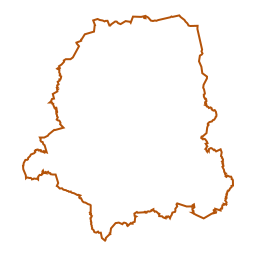 outline of Tacámbaro, Michoacán, Mexico
{"feature_id": "50627088B98696498668505", "entity_name": "Tacámbaro", "entity_type": "district", "adm_level": 2, "iso_a3": "MEX", "parent_name": "Mexico", "parent_adm1": "Michoacán", "projection": "albers", "projection_center": [-101.483, 19.25], "detail": "fine", "context": "isolated", "style": "outline", "palette": "amber", "viewbox_px": 256, "rotation_deg": 0, "n_neighbors": 0, "source": "geoboundaries", "source_scale": "gbopen_adm2", "svg_char_len": 5803}
<svg xmlns="http://www.w3.org/2000/svg" viewBox="0 0 256 256"><path d="M211.7,213.7L216.0,212.7L216.1,212.2L214.1,212.2L214.6,211.8L214.6,211.2L213.7,210.5L213.7,210.1L214.6,209.6L215.4,209.8L215.3,208.8L220.6,210.5L220.6,209.0L221.1,208.5L221.8,208.5L221.7,208.1L222.2,207.9L222.2,206.1L222.6,205.1L223.9,204.8L223.7,203.8L225.8,204.3L226.2,204.7L226.5,204.3L226.1,203.7L226.6,202.4L225.2,200.5L225.7,199.6L225.5,198.7L226.3,198.4L225.9,197.5L226.4,197.1L225.9,196.7L226.9,194.9L226.4,194.2L227.0,193.7L226.9,193.1L227.3,192.7L227.4,191.4L228.1,191.1L228.2,190.5L229.1,190.4L230.1,188.4L231.6,187.0L231.5,185.9L233.0,185.6L232.9,180.4L232.6,179.5L231.7,179.2L231.6,177.6L231.1,176.7L229.8,176.7L227.2,175.5L226.3,175.9L226.8,176.5L226.4,176.9L225.5,176.2L225.8,175.3L225.2,174.2L225.8,173.5L224.9,173.2L224.8,172.4L224.2,171.9L224.0,169.9L222.4,166.8L223.5,165.9L222.8,164.7L223.2,164.1L222.5,163.3L222.9,162.8L222.0,161.7L223.0,161.0L222.7,160.2L223.0,159.5L222.4,158.2L221.9,157.9L222.0,157.1L221.0,156.1L221.7,152.3L220.6,149.3L216.1,151.4L214.5,149.7L213.9,150.1L211.6,148.2L210.7,148.1L208.9,149.1L208.8,151.3L208.2,150.6L207.2,151.2L207.1,151.6L206.4,150.6L206.2,149.1L205.5,148.9L206.5,147.7L206.6,147.0L207.3,146.4L205.7,143.7L207.5,143.2L206.9,141.6L205.1,139.2L203.1,138.6L202.8,139.2L201.2,137.9L201.6,136.6L202.9,136.2L206.5,133.1L207.2,127.5L207.9,125.6L208.5,125.0L207.8,124.4L207.8,123.6L209.4,122.1L212.0,121.4L212.8,120.2L214.2,119.7L215.6,117.5L215.7,116.8L216.3,116.4L216.5,114.8L215.9,111.8L214.7,110.1L213.4,110.6L212.0,109.7L211.5,108.9L211.7,108.3L210.6,107.4L208.9,108.0L208.2,106.9L206.9,106.5L206.8,105.8L205.2,105.0L206.3,104.3L206.1,103.4L205.1,103.2L205.1,102.2L206.4,101.3L206.3,100.0L205.5,99.5L205.2,99.1L205.6,98.6L204.7,98.2L203.9,96.7L203.8,94.6L204.4,94.4L204.9,93.4L204.0,89.3L203.2,87.7L203.6,84.8L206.9,78.5L207.0,76.6L202.3,73.2L201.4,66.8L199.0,61.3L199.9,55.6L201.8,54.5L202.5,53.5L201.5,51.3L202.1,49.7L197.4,28.9L197.6,25.8L190.3,26.0L188.5,25.5L187.4,23.4L185.5,21.6L184.5,20.0L180.6,17.0L179.3,15.4L172.5,16.9L171.4,16.5L170.6,17.2L158.1,20.1L156.4,20.8L154.9,20.5L153.0,21.0L150.9,20.6L148.3,17.6L145.9,16.2L145.1,16.7L144.9,17.3L145.3,18.2L144.3,18.1L144.0,17.8L143.8,16.9L144.2,16.2L141.2,16.9L133.0,16.6L130.7,22.7L130.1,21.8L125.6,21.1L120.6,24.1L118.2,23.2L116.7,21.6L115.2,21.5L111.1,24.4L110.3,25.5L109.4,25.5L107.5,20.8L105.5,20.9L104.6,21.4L102.7,20.5L99.8,20.0L97.6,19.0L93.2,20.4L95.0,25.2L94.7,25.3L94.0,31.6L84.8,34.3L81.6,39.4L81.1,39.6L81.2,40.8L76.4,42.6L76.7,43.5L79.0,46.2L72.9,57.4L70.5,59.2L65.8,59.2L63.8,60.5L64.1,61.7L61.6,64.5L59.0,66.2L59.8,68.0L58.5,68.4L57.3,67.9L57.7,68.3L57.2,68.7L59.4,69.9L59.2,72.4L60.2,74.2L59.8,74.6L59.7,75.5L61.2,76.4L61.0,77.7L60.4,79.3L59.4,79.4L59.6,80.6L57.7,81.8L58.6,84.4L57.2,85.3L57.1,85.7L57.4,86.8L56.9,87.5L57.5,87.8L57.0,88.2L57.2,89.7L57.5,89.7L57.2,90.0L57.4,91.4L52.8,94.0L54.0,98.6L52.0,99.0L50.9,101.5L49.7,102.5L52.0,102.5L52.3,103.7L53.2,103.8L53.1,104.5L54.5,107.9L56.3,107.7L56.5,108.5L56.0,108.5L55.7,109.2L56.2,109.4L56.2,110.5L56.7,110.4L57.1,111.3L57.1,112.3L56.3,112.5L56.5,113.5L56.3,113.8L57.0,115.1L57.0,116.2L57.8,117.3L56.7,119.6L57.9,120.4L59.0,120.5L59.8,121.3L60.5,122.9L60.1,124.2L63.5,127.7L54.8,130.1L54.2,129.9L48.7,134.4L47.9,135.7L44.3,137.5L39.9,137.5L40.7,139.1L40.4,140.1L40.5,140.6L41.4,141.8L42.6,142.0L43.4,144.3L44.6,145.2L46.7,152.3L44.5,151.3L44.4,152.5L43.6,152.1L43.3,151.4L42.7,151.8L41.5,151.5L41.7,151.3L41.0,150.7L40.9,150.2L40.0,150.0L39.6,150.1L39.7,150.4L38.6,150.5L37.9,149.5L37.1,149.5L36.4,150.1L35.6,150.0L34.8,151.0L35.3,152.0L34.2,153.2L30.9,154.5L29.9,156.3L28.2,157.8L28.0,159.2L27.3,159.8L25.4,159.9L23.7,163.1L23.4,165.6L23.0,165.7L23.3,169.3L25.8,175.3L26.0,178.1L26.4,177.7L27.7,177.5L29.2,178.0L30.7,177.9L32.0,178.9L32.0,179.3L33.2,179.1L34.0,178.5L36.2,178.9L36.9,178.5L38.1,179.5L38.2,176.6L39.6,174.9L41.1,175.1L42.0,174.5L42.0,173.6L42.6,172.6L42.4,171.4L43.0,170.6L43.7,173.2L44.5,172.9L45.5,173.1L45.1,172.7L45.3,172.3L46.2,172.9L46.3,172.4L46.9,172.9L48.1,171.8L49.1,173.1L50.3,173.2L50.6,174.2L52.5,174.5L55.6,174.5L58.2,183.0L56.8,186.0L57.9,186.6L59.7,188.5L62.0,188.3L63.4,189.7L66.0,190.2L67.0,190.9L68.3,191.1L69.0,191.8L70.6,191.6L70.6,191.9L71.8,192.7L74.2,193.3L77.3,195.0L78.4,194.8L80.3,195.5L79.3,196.5L79.6,197.6L79.4,197.8L80.0,198.3L81.0,198.2L82.6,201.4L83.8,202.3L85.5,202.6L88.2,204.2L89.8,204.6L90.7,205.3L90.7,211.5L89.9,212.6L91.0,213.3L91.0,214.2L90.2,213.9L90.1,214.2L91.1,214.6L91.3,216.3L91.7,216.3L91.0,217.9L90.4,218.2L91.1,221.4L90.5,221.0L91.2,222.0L91.1,224.3L91.8,225.6L91.7,226.4L92.2,227.8L92.0,228.8L93.6,230.1L94.3,232.0L95.2,232.4L96.3,232.6L98.0,231.6L98.8,232.8L100.8,232.7L101.9,238.0L105.0,240.6L105.6,239.8L105.9,237.9L108.8,235.0L110.3,234.1L109.7,233.2L110.4,232.7L111.0,228.4L115.6,223.1L118.8,222.6L122.4,224.2L123.5,222.8L124.6,222.7L126.0,223.2L127.3,224.4L127.1,225.5L127.7,226.0L130.6,223.2L130.9,223.6L132.6,223.7L132.5,222.6L134.7,221.8L135.2,217.1L136.2,216.5L134.6,215.8L134.4,213.6L136.9,212.0L137.6,212.7L144.2,212.3L144.6,211.8L145.2,211.8L145.6,212.7L146.6,212.7L147.1,211.7L148.3,211.3L149.2,211.6L150.6,211.3L151.5,210.7L151.4,210.2L153.4,209.2L153.5,210.6L154.4,211.0L154.8,211.7L155.5,211.4L156.3,211.6L158.4,213.5L159.4,213.8L159.3,214.3L158.8,214.3L159.2,214.9L159.2,216.1L162.1,216.3L163.3,217.5L165.4,218.2L165.3,217.7L166.2,216.6L167.0,217.4L168.1,216.3L169.2,217.0L170.0,218.3L170.4,217.3L170.2,216.9L171.5,215.3L172.4,212.6L175.1,211.8L175.4,210.8L175.3,208.8L177.2,206.4L176.5,204.3L177.2,203.4L186.7,206.5L190.9,206.4L191.5,206.8L192.3,206.5L192.5,205.3L193.9,204.4L194.4,207.3L192.3,209.0L192.8,210.8L193.4,210.9L193.7,212.7L193.3,213.2L193.0,212.8L192.4,212.8L196.3,215.0L203.7,218.4L211.7,213.7Z" fill="none" stroke="#b45309" stroke-width="2"/></svg>